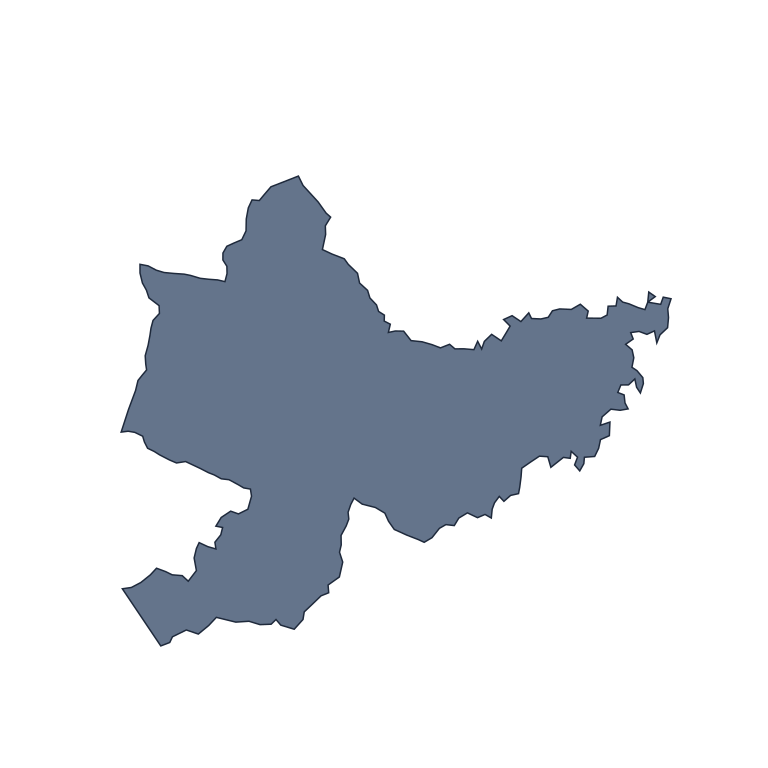 outline of Joaquim Távora, Paraná, Brazil, rotated 78°
{"feature_id": "56859067B32380162791595", "entity_name": "Joaquim Távora", "entity_type": "district", "adm_level": 2, "iso_a3": "BRA", "parent_name": "Brazil", "parent_adm1": "Paraná", "projection": "orthographic", "projection_center": [-49.909, -23.438], "detail": "fine", "context": "isolated", "style": "filled", "palette": "slate", "viewbox_px": 768, "rotation_deg": 78, "n_neighbors": 0, "source": "geoboundaries", "source_scale": "gbopen_adm2", "svg_char_len": 3249}
<svg xmlns="http://www.w3.org/2000/svg" viewBox="0 0 768 768"><g transform="rotate(78 384 384)"><path d="M547.2,377.6L544.3,369.0L536.7,359.8L534.4,352.7L537.1,344.7L530.7,338.7L527.4,329.2L534.2,320.3L532.6,312.3L537.4,306.9L528.9,304.2L523.2,300.6L517.9,294.6L523.7,291.1L519.3,283.3L519.2,275.2L513.2,272.7L503.5,269.3L495.0,266.8L490.8,256.8L486.9,247.0L489.2,238.9L500.2,238.1L493.1,223.8L495.4,217.3L488.8,214.9L495.8,209.9L502.8,214.4L509.7,210.6L503.5,205.1L497.3,203.2L498.7,193.0L491.5,187.4L483.4,183.8L481.4,174.3L468.2,170.9L469.4,181.0L461.5,177.5L455.8,167.3L458.8,158.5L459.1,150.4L452.6,152.2L444.6,151.4L440.9,157.1L434.2,152.5L435.7,145.0L431.2,137.6L439.7,137.6L446.1,135.1L437.5,130.2L431.6,129.5L423.5,133.8L419.2,138.0L410.3,134.2L402.2,134.2L395.4,139.4L391.8,130.9L385.0,132.0L385.6,123.6L390.1,116.5L388.3,108.4L400.5,108.6L393.3,103.8L387.9,94.9L378.2,91.9L369.4,90.8L360.3,85.5L357.1,92.8L363.6,96.8L358.8,109.0L365.5,113.3L362.1,119.6L356.5,127.7L353.5,133.5L347.7,137.6L355.9,140.8L354.5,148.6L362.9,151.4L364.8,158.1L361.7,172.1L355.1,169.1L346.8,175.4L350.0,185.3L347.1,196.6L347.4,204.0L352.9,209.5L353.0,217.0L350.6,226.1L344.5,227.6L351.4,237.1L343.8,244.5L345.8,253.6L353.6,248.6L358.4,253.0L366.2,260.3L357.8,268.4L363.2,277.0L370.1,281.2L361.7,283.5L369.1,288.9L366.2,298.5L364.4,307.3L358.8,311.6L360.4,321.3L355.5,328.8L350.6,338.0L347.2,348.5L336.4,353.8L334.5,362.0L334.5,369.0L326.8,365.4L322.5,370.7L316.7,369.3L311.9,374.2L305.1,374.9L296.9,379.9L289.0,380.6L280.2,386.9L270.2,386.9L259.5,394.1L253.3,396.8L246.1,407.8L239.7,416.3L225.6,410.0L217.1,408.5L209.7,401.5L204.8,405.1L192.2,410.6L173.0,421.9L162.8,424.5L167.6,453.6L174.1,462.1L178.6,467.8L176.5,474.8L183.5,480.1L193.9,484.4L205.5,487.1L213.3,493.1L214.8,501.0L216.6,509.1L222.4,514.3L229.2,515.8L236.2,513.2L243.4,514.6L250.8,518.3L247.6,525.1L245.1,533.7L242.4,541.8L237.6,550.6L235.0,556.6L232.1,566.8L229.2,576.0L225.3,583.1L219.4,590.2L216.2,597.8L224.7,599.6L235.0,599.3L242.8,596.9L250.9,596.0L260.6,587.7L268.3,589.0L273.8,596.7L280.9,600.3L287.7,602.8L297.1,606.7L306.7,611.7L314.9,612.9L320.9,613.3L324.8,618.3L329.4,623.9L338.8,628.4L355.8,639.2L376.4,651.1L377.0,644.1L379.5,637.8L384.9,630.9L390.9,630.4L397.7,628.6L402.2,622.8L406.6,618.3L413.8,609.5L418.1,603.4L418.6,594.2L428.4,581.3L434.2,574.2L437.7,568.9L442.9,562.9L445.4,555.5L451.7,548.1L456.5,542.8L459.0,536.5L466.2,536.9L478.2,543.2L480.8,553.4L476.5,560.4L480.7,571.0L488.1,578.0L490.8,571.7L497.6,575.0L503.6,582.3L510.4,582.7L506.5,590.1L500.7,597.8L505.9,601.7L514.7,605.9L527.5,606.3L536.2,616.5L529.5,621.2L526.6,630.9L522.1,636.6L516.9,644.8L522.1,652.2L527.6,663.1L530.5,673.4L529.9,682.5L593.8,656.8L592.3,647.3L587.3,643.5L583.5,628.5L590.0,617.6L583.8,605.7L577.4,596.5L586.1,578.5L588.0,565.4L593.6,555.3L595.5,544.3L591.9,538.6L598.4,535.1L605.2,522.8L597.5,512.2L590.3,509.4L585.5,501.5L578.1,489.6L576.7,481.5L569.0,480.5L563.5,467.8L549.6,461.4L539.3,462.5L532.5,459.3L523.2,457.5L515.0,450.5L508.8,446.5L502.0,445.8L495.0,441.6L489.4,437.0L497.0,430.3L503.0,418.1L510.5,410.0L519.2,408.1L528.4,404.2L536.7,392.9L543.3,382.8L547.2,377.6ZM358.8,109.0L354.9,100.5L349.1,105.9L358.8,109.0Z" fill="#64748b" stroke="#1e293b" stroke-width="1.5"/></g></svg>